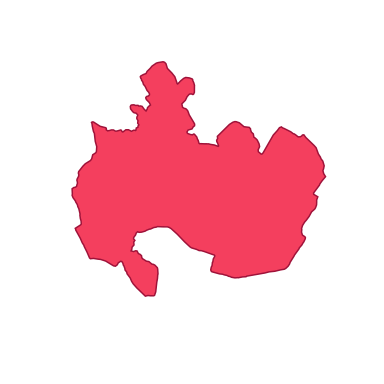 outline of Jutiapa, Jutiapa, Guatemala, rotated 133°
{"feature_id": "79465075B37757283668569", "entity_name": "Jutiapa", "entity_type": "district", "adm_level": 2, "iso_a3": "GTM", "parent_name": "Guatemala", "parent_adm1": "Jutiapa", "projection": "albers", "projection_center": [-89.932, 14.311], "detail": "fine", "context": "isolated", "style": "filled", "palette": "rose", "viewbox_px": 384, "rotation_deg": 133, "n_neighbors": 0, "source": "geoboundaries", "source_scale": "gbopen_adm2", "svg_char_len": 4910}
<svg xmlns="http://www.w3.org/2000/svg" viewBox="0 0 384 384"><g transform="rotate(133 192 192)"><path d="M300.0,155.1L297.7,153.6L296.3,151.7L294.1,149.3L293.2,148.9L289.8,150.4L281.9,156.3L278.9,158.2L275.8,160.7L275.2,160.9L271.8,164.5L271.0,165.7L270.8,169.1L271.2,170.8L272.1,172.2L272.3,176.1L273.7,178.2L274.5,182.7L274.2,184.0L273.0,185.5L273.0,187.4L273.6,189.2L272.6,192.0L273.5,193.2L275.4,194.1L276.6,196.4L275.0,196.9L273.2,198.2L270.3,198.3L268.3,200.5L266.3,200.8L266.2,202.7L265.0,203.6L261.8,204.0L260.1,204.8L258.2,204.7L257.6,203.2L255.6,201.4L252.6,199.6L250.9,199.1L248.0,197.7L247.4,197.1L244.0,195.7L242.1,194.2L240.9,193.7L237.3,189.5L234.2,186.1L233.5,184.6L233.0,182.1L232.9,173.9L233.5,163.4L233.5,156.0L233.2,154.3L230.8,149.4L230.0,146.9L228.5,145.1L227.2,142.5L222.9,132.6L223.0,132.0L223.8,131.4L226.4,130.8L228.9,129.1L229.5,129.1L232.2,127.1L233.7,126.7L235.9,125.4L236.7,124.4L236.8,123.1L233.1,116.0L231.3,113.6L230.6,111.9L229.2,109.6L228.7,107.8L227.8,106.4L227.5,105.1L225.5,102.0L223.4,100.1L223.2,99.7L219.6,97.1L217.1,94.7L216.1,94.5L201.4,83.4L197.9,81.2L193.5,77.4L188.5,74.1L185.5,71.8L183.9,71.3L182.4,71.2L180.6,71.1L177.9,71.6L176.8,72.2L169.2,73.7L168.4,74.0L160.5,75.0L159.8,75.4L155.9,75.5L153.9,76.0L152.3,76.2L149.8,77.0L148.9,77.3L147.8,78.2L147.8,79.5L148.2,81.8L146.7,84.5L144.7,86.0L143.9,87.0L141.7,88.0L141.2,88.3L137.2,89.1L134.4,89.2L130.0,89.7L125.0,91.0L120.7,90.6L119.3,90.9L116.5,92.1L114.5,93.8L112.8,95.4L109.7,96.7L110.7,101.4L109.8,102.4L100.0,103.5L98.9,104.0L95.1,104.5L89.7,104.8L88.8,108.1L88.2,109.1L87.1,110.8L85.1,111.7L82.7,113.2L80.2,117.4L79.7,120.4L78.9,121.9L78.0,125.5L75.0,131.4L74.7,134.4L74.5,146.0L73.9,149.2L75.0,150.1L76.4,150.0L77.8,150.5L79.3,152.0L79.5,155.0L79.8,156.9L80.3,157.6L80.6,160.8L82.7,167.9L83.1,168.9L83.3,169.6L83.4,170.2L83.4,171.0L85.3,171.9L88.7,171.5L94.9,171.4L114.9,166.7L116.4,166.7L117.1,167.2L117.3,171.0L116.0,172.4L112.7,173.5L111.0,175.9L109.5,179.8L109.4,182.2L109.7,184.1L107.7,186.8L107.7,189.4L106.7,191.4L105.9,192.3L105.7,194.2L108.8,198.5L109.1,204.6L110.5,207.7L111.3,208.7L113.1,209.7L117.0,210.7L134.0,211.4L135.4,209.7L137.3,209.3L138.4,208.0L138.4,207.4L140.0,204.2L140.4,203.9L140.8,204.0L142.3,207.6L144.6,211.0L145.4,212.6L148.5,216.0L150.1,217.9L151.0,218.9L151.5,219.3L151.6,220.1L149.9,222.9L149.8,223.7L148.5,226.1L148.1,229.7L148.6,230.4L149.9,230.7L151.0,232.3L152.1,235.0L152.1,235.6L151.6,236.6L149.3,237.1L146.7,235.5L145.8,235.0L143.8,235.5L141.8,235.3L140.5,236.4L140.4,237.1L140.1,237.6L137.5,246.6L136.1,249.3L135.4,250.9L135.3,253.3L136.2,255.0L136.5,256.7L136.1,257.2L134.5,259.5L133.7,259.5L129.4,259.4L125.6,260.6L122.6,260.7L121.8,260.4L120.6,259.2L120.1,257.8L119.3,257.6L117.5,258.2L112.8,262.5L112.3,262.9L110.9,265.2L109.9,267.6L109.3,268.2L109.2,269.1L110.4,271.8L112.5,274.7L114.6,275.6L118.7,276.1L122.3,276.1L122.8,276.2L122.9,276.8L122.7,277.2L122.3,277.7L119.4,283.2L118.7,287.9L118.4,294.3L115.9,298.6L115.9,299.4L115.8,300.5L116.5,302.0L120.4,305.0L122.1,306.0L127.2,307.1L130.2,306.9L134.4,307.1L136.7,306.4L139.3,307.7L142.2,308.6L143.0,308.4L143.8,306.9L143.8,306.3L144.8,304.8L144.9,303.5L145.5,302.4L146.4,300.9L146.7,298.4L148.4,294.1L148.6,291.7L149.3,289.9L150.1,289.3L151.6,289.4L153.0,290.3L154.3,290.3L154.8,289.9L155.5,288.4L155.7,284.3L156.7,281.7L158.9,282.1L160.8,282.0L161.9,281.3L164.1,280.9L164.1,283.3L163.4,286.9L164.3,288.5L165.4,289.4L165.4,290.5L167.3,292.5L167.8,293.9L169.5,295.5L170.3,295.8L171.6,295.4L173.1,293.6L173.7,290.0L173.6,288.5L172.5,286.7L172.6,284.3L173.3,283.8L174.5,283.5L175.6,282.8L176.1,282.1L176.6,280.2L178.7,278.7L179.2,276.6L180.5,276.5L181.6,275.7L183.2,276.4L185.0,275.2L185.5,275.2L185.7,275.7L186.6,276.8L188.9,277.7L189.8,280.9L191.6,282.8L195.2,283.5L195.5,284.0L195.5,284.4L195.4,284.9L195.0,285.6L195.2,286.4L198.8,288.6L199.7,289.5L200.2,291.8L201.7,293.4L202.9,294.0L204.8,295.4L205.0,297.1L203.9,298.1L203.8,298.9L206.6,304.0L208.0,311.8L208.8,312.8L209.7,312.9L210.1,311.9L211.8,309.9L214.9,305.4L215.7,303.4L221.0,297.2L223.8,292.6L227.5,289.6L228.8,289.1L232.5,290.0L236.1,288.0L238.2,287.7L244.0,289.3L247.6,289.4L254.4,288.8L255.7,288.0L256.6,286.6L257.8,285.7L261.0,284.8L261.9,284.2L263.0,282.5L264.1,281.5L265.4,281.0L266.5,280.3L268.0,280.5L269.3,281.5L271.4,281.9L275.0,278.2L276.2,277.4L277.3,275.1L278.1,271.0L278.5,270.5L279.5,267.1L280.6,265.5L281.4,263.4L284.5,258.8L285.3,258.3L287.6,255.5L288.9,253.3L290.9,251.2L291.9,251.0L298.2,252.6L298.6,251.6L299.1,251.1L302.0,242.2L304.0,237.6L304.8,234.5L305.3,233.8L307.5,227.9L310.1,222.0L310.1,220.8L307.8,218.8L305.3,215.1L303.6,212.8L301.4,208.1L299.5,199.0L298.5,197.4L296.3,197.0L294.1,197.6L291.3,196.9L290.7,195.9L291.3,193.8L292.3,192.4L292.4,191.6L293.8,188.8L294.7,187.8L295.1,185.1L296.1,183.7L297.0,178.6L298.5,175.3L299.3,172.2L299.8,166.8L300.0,155.1Z" fill="#f43f5e" stroke="#9f1239" stroke-width="1.5"/></g></svg>